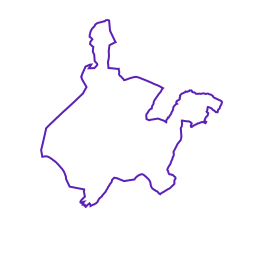 the district of Baringo South, Rift Valley, Kenya, rotated 205°
{"feature_id": "3690345B40678140924762", "entity_name": "Baringo South", "entity_type": "district", "adm_level": 2, "iso_a3": "KEN", "parent_name": "Kenya", "parent_adm1": "Rift Valley", "projection": "robinson", "projection_center": [36.066, 0.459], "detail": "fine", "context": "isolated", "style": "outline", "palette": "violet", "viewbox_px": 256, "rotation_deg": 205, "n_neighbors": 0, "source": "geoboundaries", "source_scale": "gbopen_adm2", "svg_char_len": 5797}
<svg xmlns="http://www.w3.org/2000/svg" viewBox="0 0 256 256"><g transform="rotate(205 128 128)"><path d="M54.0,191.5L55.1,191.9L60.7,191.9L62.3,191.9L63.8,192.1L64.5,192.8L66.7,193.3L68.9,192.9L69.8,193.0L70.6,192.7L71.5,192.1L72.3,191.5L73.2,191.6L74.7,191.1L75.2,190.6L76.9,189.5L77.6,189.4L80.0,188.0L80.8,187.8L82.7,188.3L84.5,187.8L85.2,187.9L85.6,188.5L86.6,188.8L87.2,188.3L88.1,188.1L88.2,187.3L89.5,186.0L90.0,185.9L90.6,185.4L91.3,185.4L91.6,184.3L93.9,181.6L94.6,179.4L94.0,178.6L94.0,177.3L93.3,176.4L93.6,175.2L94.2,174.4L94.9,173.6L95.1,172.7L95.2,172.0L94.9,171.3L94.3,171.0L93.8,170.7L94.3,170.3L94.8,169.4L95.3,167.9L95.5,166.9L95.7,166.0L95.4,165.3L95.3,164.9L94.9,162.9L95.1,160.8L95.1,159.8L94.9,159.2L95.1,158.1L95.4,156.8L95.5,154.8L96.3,154.3L96.0,153.5L96.5,151.9L96.4,150.8L95.9,149.9L95.8,149.4L97.0,149.5L98.4,149.8L104.9,149.2L105.7,148.6L111.1,144.9L111.7,144.2L112.3,144.0L114.7,143.9L115.2,144.1L115.4,144.8L116.5,146.4L116.7,146.9L116.9,147.5L117.0,148.0L117.0,148.3L116.6,150.5L116.4,152.7L116.0,153.8L115.5,154.9L114.7,155.6L115.1,157.0L115.4,158.3L115.1,160.2L115.1,161.0L115.5,161.8L115.7,162.5L115.7,163.3L115.7,164.6L115.5,165.7L115.3,166.6L115.2,167.7L114.8,169.7L114.7,170.0L114.5,171.6L113.7,174.5L113.6,175.6L113.6,176.7L113.5,177.7L113.1,178.9L117.7,179.2L120.3,179.1L123.0,178.9L125.4,179.0L133.4,178.7L135.8,178.5L138.7,178.4L142.1,177.9L143.6,177.0L145.9,175.1L147.3,173.9L150.3,170.9L151.8,169.7L153.1,170.6L153.8,170.7L156.3,171.8L157.4,171.9L158.3,172.4L158.5,172.6L159.0,173.2L159.3,174.3L159.8,175.4L160.3,176.1L161.0,176.8L161.4,177.7L162.0,177.3L163.8,176.7L168.2,175.2L169.7,174.6L171.0,174.1L174.1,179.4L174.3,180.4L174.5,181.3L174.5,181.8L174.8,182.4L175.2,184.0L176.0,185.8L178.1,189.9L179.5,194.3L179.7,195.3L176.6,199.3L175.5,200.6L176.5,201.2L177.4,202.0L179.5,203.7L185.3,208.5L186.2,209.9L190.0,216.5L190.6,217.4L191.8,217.3L192.7,216.9L193.4,216.5L193.8,216.0L193.9,215.6L194.2,215.0L194.4,214.8L194.6,214.5L195.3,214.3L195.6,213.8L195.9,213.5L196.6,213.2L197.6,212.1L199.0,211.2L200.3,209.8L200.5,209.6L200.8,209.0L201.2,208.3L201.3,208.1L201.4,207.4L201.4,207.2L201.3,206.8L201.5,205.9L201.9,204.6L202.2,203.9L202.6,202.5L202.6,201.0L202.7,200.3L202.6,199.1L202.0,196.3L201.4,194.5L199.5,194.1L197.8,193.4L198.5,190.3L197.9,188.1L196.7,187.6L193.7,186.8L193.3,185.4L192.8,184.1L192.4,183.1L192.2,182.5L192.0,182.2L190.2,180.7L189.5,180.0L186.5,174.6L184.4,173.7L183.9,173.5L183.4,173.3L182.5,172.3L183.0,170.3L183.3,169.5L183.6,168.6L183.8,168.3L183.9,168.0L188.7,165.6L188.1,170.0L189.2,169.4L189.4,169.2L190.3,168.2L191.5,166.6L192.2,166.1L192.5,165.7L192.4,164.8L192.4,164.5L192.4,163.8L192.4,163.1L192.4,162.4L192.3,161.6L192.4,160.7L192.3,159.2L192.4,158.6L192.3,158.4L192.2,158.1L192.2,157.8L192.2,156.5L192.0,155.8L192.1,154.9L191.8,154.8L191.6,154.6L191.6,154.2L191.0,153.4L190.6,153.1L189.1,151.9L182.9,147.6L183.3,142.7L183.4,140.0L183.7,139.6L183.9,139.0L189.3,125.3L192.7,117.2L194.0,114.2L195.7,109.8L196.1,108.5L196.4,108.2L199.0,101.3L199.9,99.2L201.1,96.0L202.1,92.9L201.6,91.3L200.7,87.2L198.3,75.9L197.4,71.3L193.5,65.7L192.7,66.3L191.9,66.8L190.5,67.6L189.3,68.0L187.7,68.2L186.0,68.0L183.3,67.6L182.0,67.2L181.6,67.2L180.1,66.9L178.4,66.4L176.5,65.7L170.1,62.9L167.5,61.3L165.5,59.4L163.7,57.6L162.7,55.7L156.1,50.2L141.8,53.8L141.4,53.1L141.2,51.9L140.7,51.1L140.0,50.3L139.3,49.2L138.8,48.6L138.1,47.8L138.1,47.1L138.6,46.3L139.0,45.0L139.6,43.6L139.8,42.6L140.0,41.5L139.6,40.4L138.6,40.3L138.0,41.1L137.6,42.0L136.9,42.5L137.3,41.4L136.4,41.1L136.3,40.3L136.6,39.4L136.1,39.5L135.4,39.3L135.0,39.5L134.4,39.9L133.7,38.9L133.1,38.6L132.7,39.0L132.5,40.1L132.2,41.2L131.3,42.8L131.1,43.4L130.3,43.1L129.5,42.3L129.0,41.4L128.5,42.0L127.4,43.6L126.4,44.3L126.0,45.3L125.4,45.9L124.8,47.0L124.4,48.1L124.5,49.1L124.3,51.2L124.1,52.2L122.7,55.1L122.8,55.8L121.7,59.6L121.4,60.6L121.3,62.7L121.0,64.9L121.1,65.7L121.0,66.8L120.7,67.5L120.6,68.1L120.8,69.0L120.5,69.9L120.1,71.8L120.2,73.1L120.5,74.3L120.2,75.3L119.8,76.1L119.5,77.1L117.0,77.8L109.2,78.2L100.4,84.1L100.2,85.5L99.8,86.8L99.3,88.0L98.2,89.8L96.9,91.2L96.1,91.9L95.1,92.2L93.8,92.1L91.1,91.4L87.9,90.3L86.4,89.5L85.2,88.6L84.3,87.5L83.7,86.5L82.5,85.0L81.7,84.3L80.8,83.7L80.3,83.5L78.8,83.1L77.8,83.1L77.1,83.0L76.1,82.8L75.0,82.9L74.3,82.7L73.3,82.3L72.5,81.8L71.5,81.8L70.9,81.6L70.6,82.4L68.9,85.0L68.3,85.7L67.1,87.7L66.3,88.9L65.5,90.0L64.9,90.6L64.3,91.8L63.5,94.0L62.6,96.1L62.4,97.2L63.6,99.5L63.8,100.5L63.8,100.9L63.5,102.1L64.1,103.2L65.1,103.6L66.3,103.9L67.6,104.4L68.5,104.1L69.5,104.1L70.4,103.7L70.7,103.6L71.6,103.8L72.5,104.6L73.0,105.4L73.4,105.9L73.9,106.2L74.6,106.5L74.8,107.2L74.9,108.0L74.9,109.3L74.8,110.4L74.5,112.8L74.4,113.9L74.6,115.1L74.7,116.3L74.7,118.5L74.8,119.6L75.1,120.3L74.9,121.6L75.1,123.0L75.6,123.8L76.0,124.7L76.7,125.5L76.7,126.2L76.6,127.3L76.4,132.5L76.4,133.3L76.4,134.5L76.3,134.8L75.9,136.4L75.7,137.4L75.3,138.3L75.2,139.1L75.6,141.6L76.0,142.8L77.2,145.0L78.7,147.6L79.1,148.6L79.7,149.3L80.1,150.1L80.0,151.2L80.0,152.5L80.4,153.5L80.7,154.5L81.0,155.3L81.9,156.5L82.1,156.8L82.3,157.5L81.7,157.8L80.7,158.0L78.1,158.7L75.7,159.7L73.8,159.7L72.2,159.1L72.2,157.9L72.1,157.1L71.9,156.2L71.2,155.6L70.5,156.1L70.1,157.0L69.1,158.5L67.9,160.0L67.2,160.8L66.9,161.5L65.7,162.3L64.5,163.7L63.5,164.7L62.6,164.9L61.0,165.2L59.9,165.1L59.7,165.9L59.7,166.6L60.7,166.7L61.8,166.7L62.0,169.3L61.9,170.9L61.3,172.3L61.1,172.9L61.4,174.6L61.7,175.5L62.2,175.7L63.0,175.6L63.7,176.0L63.6,177.5L64.1,178.9L64.4,179.9L64.5,180.7L63.7,181.0L61.3,181.1L60.2,181.0L59.9,180.9L59.2,180.4L58.1,180.3L56.0,179.9L55.6,179.8L55.2,179.5L53.5,180.1L53.8,181.6L54.0,182.5L53.8,183.4L53.3,184.2L53.3,185.0L53.6,185.9L53.5,187.4L53.4,188.5L53.6,190.6L54.0,191.5Z" fill="none" stroke="#5b21b6" stroke-width="2"/></g></svg>